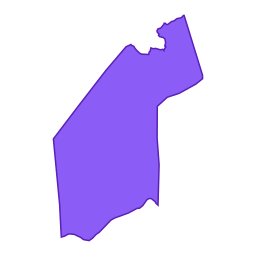 Dilkhil, Dikhil, Djibouti (Equal Earth projection)
{"feature_id": "41766387B9467441741428", "entity_name": "Dilkhil", "entity_type": "district", "adm_level": 2, "iso_a3": "DJI", "parent_name": "Djibouti", "parent_adm1": "Dikhil", "projection": "equal_earth", "projection_center": [42.604, 11.271], "detail": "fine", "context": "isolated", "style": "filled", "palette": "violet", "viewbox_px": 256, "rotation_deg": 0, "n_neighbors": 0, "source": "geoboundaries", "source_scale": "gbopen_adm2", "svg_char_len": 1073}
<svg xmlns="http://www.w3.org/2000/svg" viewBox="0 0 256 256"><path d="M53.4,138.9L59.6,204.3L61.3,237.1L64.4,236.2L67.9,234.3L69.5,233.9L74.3,234.4L80.6,237.4L83.5,239.6L89.1,240.6L92.1,238.5L92.4,238.3L96.2,234.3L99.1,232.4L110.7,220.3L114.4,218.1L123.7,214.7L128.4,213.0L137.4,208.2L139.4,208.3L142.7,205.7L146.9,199.8L149.0,198.5L151.5,198.7L155.4,201.9L155.8,202.9L155.9,203.2L158.0,205.2L159.1,164.8L157.1,138.1L157.3,106.3L167.3,97.2L179.0,93.4L195.8,84.1L202.6,78.7L202.5,75.1L184.1,15.4L183.5,15.4L181.3,17.7L176.8,18.7L174.6,20.4L173.9,21.0L171.6,21.5L167.7,24.5L166.3,24.4L165.4,23.3L164.2,23.2L163.7,24.5L160.6,28.2L158.1,28.7L157.0,30.6L157.1,31.9L159.1,34.4L158.5,35.3L159.5,36.6L163.4,37.6L165.0,39.1L165.6,42.9L165.3,44.0L164.8,46.1L165.7,46.4L165.7,47.3L164.6,48.5L164.0,50.6L162.8,49.3L160.4,49.8L155.7,48.4L153.0,48.7L150.9,47.9L150.2,51.0L149.1,52.2L148.7,54.5L141.7,54.1L139.9,53.4L137.9,51.5L137.5,51.2L135.1,48.5L133.8,46.2L131.8,45.5L131.0,44.5L126.1,46.7L106.0,70.3L78.4,106.0L53.4,138.9Z" fill="#8b5cf6" stroke="#5b21b6" stroke-width="1.5"/></svg>